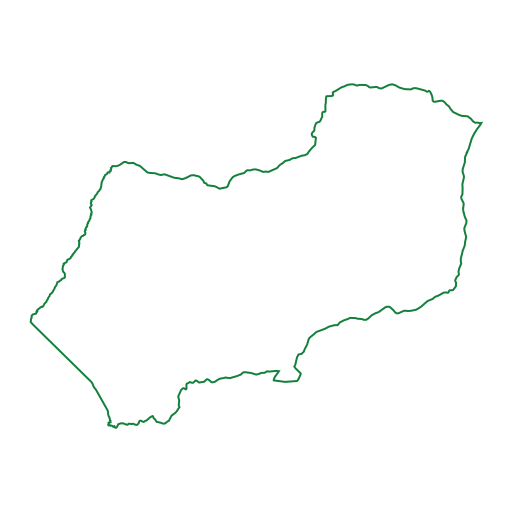 Mecula, Niassa, Mozambique
{"feature_id": "85939544B86519405521682", "entity_name": "Mecula", "entity_type": "district", "adm_level": 2, "iso_a3": "MOZ", "parent_name": "Mozambique", "parent_adm1": "Niassa", "projection": "mercator", "projection_center": [37.409, -11.97], "detail": "fine", "context": "isolated", "style": "outline", "palette": "green", "viewbox_px": 512, "rotation_deg": 0, "n_neighbors": 0, "source": "geoboundaries", "source_scale": "gbopen_adm2", "svg_char_len": 5975}
<svg xmlns="http://www.w3.org/2000/svg" viewBox="0 0 512 512"><path d="M416.2,309.7L420.7,307.0L427.6,301.0L432.5,299.0L435.2,296.8L438.6,295.5L443.6,292.7L446.0,292.4L447.7,292.8L448.3,292.6L449.2,290.8L450.0,290.2L451.8,290.3L453.1,290.0L455.9,286.3L456.1,282.6L455.3,281.3L455.2,280.2L456.7,277.0L458.5,275.2L458.9,274.5L458.5,271.2L459.3,268.2L461.2,263.7L460.8,261.2L460.8,258.9L461.3,256.4L462.1,253.7L462.6,251.0L464.7,245.7L465.2,241.5L466.2,237.0L464.5,230.7L464.3,228.2L466.3,223.1L466.5,220.5L464.8,216.8L463.3,211.0L463.1,208.4L463.7,204.1L463.5,202.9L461.5,199.0L461.2,197.6L461.2,196.8L462.4,194.4L462.6,188.7L462.4,184.1L464.0,177.2L463.7,175.2L462.6,172.1L462.7,169.1L464.8,162.5L465.1,156.8L467.1,152.5L466.8,152.4L468.5,149.3L471.7,138.7L474.0,134.0L477.1,129.0L480.0,125.3L481.3,123.0L480.1,123.2L478.1,122.7L475.2,122.7L473.4,121.7L470.7,118.6L467.6,116.3L461.5,115.8L458.8,114.8L453.1,112.0L450.6,109.0L448.9,106.3L446.4,104.4L445.1,102.7L443.3,101.2L441.9,100.7L440.3,100.8L434.9,101.8L433.7,101.7L432.7,100.7L432.4,97.3L431.7,95.0L430.4,92.2L429.4,91.0L428.9,90.9L427.6,91.7L426.9,91.7L425.5,90.8L423.0,90.0L416.7,88.3L414.8,88.1L412.8,88.4L411.5,89.2L410.2,89.4L404.5,89.1L399.2,87.5L395.6,85.4L392.2,84.3L389.1,84.9L381.5,88.5L379.1,88.2L377.3,87.1L376.3,86.9L370.1,87.5L369.1,87.1L367.9,86.0L365.7,85.0L359.9,84.9L356.7,85.6L354.4,84.6L352.3,84.3L348.8,84.6L346.2,85.4L344.8,86.2L341.3,87.4L335.6,91.0L333.3,92.0L332.7,92.8L333.1,94.7L332.8,95.6L331.1,96.1L326.7,96.2L326.3,96.5L325.9,98.8L325.8,103.2L325.4,104.6L325.4,111.4L324.8,111.8L323.1,111.9L322.6,112.3L322.2,113.3L322.2,116.8L320.2,121.0L319.5,121.8L317.5,122.4L316.1,123.2L315.2,125.3L314.4,128.0L314.4,130.2L314.0,131.0L312.6,132.2L311.8,133.7L311.8,134.9L312.7,136.6L315.2,137.1L315.9,137.8L315.1,145.0L311.9,148.0L308.9,151.6L307.3,154.0L304.5,155.3L302.0,155.6L295.5,158.0L293.0,158.2L291.2,158.9L289.8,159.9L285.1,161.0L283.2,162.8L279.7,165.1L277.0,168.1L268.5,171.9L265.6,171.6L263.0,171.9L259.9,170.5L255.9,169.4L253.0,169.5L250.2,170.4L247.5,170.2L246.4,170.8L244.1,173.0L238.2,174.6L234.4,176.1L232.6,177.3L229.6,181.3L227.7,186.4L226.4,187.3L219.5,188.7L216.7,187.1L214.5,186.2L207.6,185.3L207.2,185.0L206.3,183.5L204.1,182.7L203.3,180.7L199.7,176.9L198.8,176.4L193.7,175.2L191.0,175.4L185.8,178.0L182.4,179.2L177.7,178.1L174.3,177.8L164.6,174.3L160.8,175.0L158.9,174.6L155.3,173.3L148.7,172.8L147.3,172.3L146.4,171.6L139.9,165.9L136.2,164.6L133.5,162.9L128.5,163.2L125.9,162.0L124.0,162.0L119.6,165.0L117.4,165.9L116.2,166.2L112.5,166.1L111.9,166.8L111.4,168.0L111.0,168.1L111.2,168.9L110.7,169.7L110.9,170.7L109.8,171.2L109.4,172.6L108.0,172.3L107.6,172.5L106.9,174.0L105.0,175.1L104.4,176.9L103.9,177.1L103.7,178.6L103.2,178.9L101.6,182.5L101.2,186.5L100.6,188.1L100.6,188.9L99.8,189.7L99.2,190.8L97.7,192.2L97.2,193.5L94.8,196.4L94.6,197.6L93.6,198.9L91.2,200.3L91.2,201.1L91.5,201.8L90.8,203.0L91.0,204.1L91.7,205.1L90.0,207.6L91.0,209.5L91.7,212.3L91.7,212.8L90.9,214.0L91.4,214.7L90.5,216.2L90.4,218.4L89.6,219.4L89.3,220.8L88.1,222.1L88.0,223.4L87.3,224.2L87.1,226.5L86.2,227.2L85.8,228.6L85.3,229.2L85.7,230.0L85.1,230.5L84.8,231.4L85.4,233.1L85.1,234.4L84.6,234.9L83.9,235.0L83.3,235.7L81.9,236.2L80.6,237.6L80.0,239.4L78.8,240.8L79.2,241.7L79.1,242.4L79.4,243.4L79.0,244.2L79.2,244.9L78.8,247.0L75.1,251.4L74.6,252.5L73.4,253.5L73.0,254.6L72.5,254.8L71.8,256.2L71.0,256.9L70.5,258.2L68.8,259.3L68.1,259.3L67.2,260.1L66.5,262.2L63.7,263.6L63.9,264.5L62.9,265.9L62.8,267.9L62.4,268.9L63.2,271.8L64.2,272.7L64.9,273.8L64.8,277.5L64.6,277.8L61.8,279.0L61.0,280.2L60.4,280.4L59.1,281.5L57.4,282.2L56.4,285.3L54.9,287.3L54.4,288.9L53.3,290.5L53.1,291.3L51.6,293.2L50.0,294.4L49.5,296.1L48.1,298.0L47.8,299.2L46.8,300.4L46.4,301.8L44.5,303.6L43.1,306.4L42.1,306.9L41.6,306.7L40.5,307.4L37.4,309.9L37.0,310.4L37.4,311.2L36.9,312.0L36.4,312.0L36.2,313.5L32.8,314.5L31.7,315.6L31.6,317.6L31.0,319.1L30.7,322.0L32.8,324.4L91.4,382.0L92.6,383.8L93.5,386.5L96.0,389.8L107.8,410.7L108.2,414.4L108.7,416.3L109.3,417.1L109.7,418.3L109.9,420.3L110.5,420.7L110.2,421.6L110.5,422.3L108.6,422.6L108.5,422.9L108.9,423.5L108.6,423.9L108.6,424.4L108.2,424.6L108.2,424.9L108.9,425.5L110.0,425.2L110.5,425.7L111.4,425.6L112.5,426.0L113.0,426.7L113.5,426.8L114.3,426.2L115.2,427.7L116.3,427.6L116.8,427.1L118.4,424.1L120.7,423.4L122.9,423.3L126.9,424.8L127.7,424.7L128.5,423.8L129.0,423.7L131.2,424.0L133.2,423.8L135.6,424.8L136.8,424.9L137.5,424.6L138.7,423.1L139.2,421.6L139.8,420.8L140.9,420.7L143.3,421.9L144.0,421.8L145.1,420.9L146.5,420.5L149.9,417.5L152.3,416.1L153.0,416.3L153.7,418.2L154.9,419.2L156.6,421.8L160.5,422.7L163.3,423.7L165.2,423.4L167.0,421.8L168.9,420.8L171.5,415.7L175.4,412.8L177.1,410.8L178.3,408.7L179.4,407.4L179.4,406.8L178.7,405.2L179.2,400.5L178.2,396.5L181.1,390.0L182.8,388.4L183.4,388.2L184.2,388.4L185.5,389.3L186.2,389.2L186.5,388.6L186.4,384.3L187.0,383.6L188.1,383.2L189.7,382.1L192.2,382.8L193.4,382.6L195.5,380.5L196.6,380.7L199.1,382.5L199.5,382.5L204.2,381.7L206.7,379.3L207.5,379.3L209.0,380.0L211.4,382.1L212.4,382.4L215.0,381.7L218.1,379.6L220.5,378.5L223.7,378.1L225.5,377.5L229.6,378.2L236.6,376.2L240.8,374.6L242.3,373.1L243.6,372.3L245.1,372.2L251.1,373.0L256.2,374.6L259.0,373.9L261.2,372.9L264.7,372.8L267.0,371.3L269.0,371.6L276.3,370.9L278.9,371.2L274.8,377.0L273.8,379.3L273.8,380.4L285.1,381.9L296.9,381.0L297.6,380.5L298.7,378.7L300.8,373.9L300.6,373.3L295.5,368.3L294.3,366.6L295.3,364.8L297.0,357.4L298.5,354.5L301.5,353.9L303.8,351.7L304.5,349.6L307.1,344.6L308.7,339.2L309.6,337.7L313.7,334.4L316.5,331.9L324.9,328.8L329.3,326.5L334.4,325.2L337.6,325.1L340.0,322.3L343.8,320.4L348.1,318.9L350.0,317.9L355.8,318.1L357.3,318.7L361.7,319.0L363.9,319.8L366.2,319.8L368.0,318.7L371.7,315.3L375.1,313.4L378.6,312.1L385.2,307.4L386.5,306.8L388.8,306.7L389.9,307.0L393.2,310.0L395.4,312.6L396.7,313.3L397.6,313.4L398.6,313.2L403.7,310.9L404.8,310.7L408.0,311.0L411.0,310.8L416.2,309.7Z" fill="none" stroke="#15803d" stroke-width="2"/></svg>